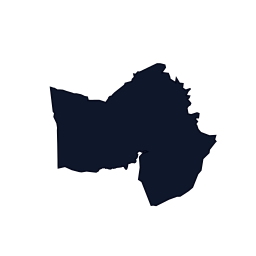 San Francisco Ozolotepec, Oaxaca, Mexico, rotated 305°
{"feature_id": "50627088B26566065011472", "entity_name": "San Francisco Ozolotepec", "entity_type": "district", "adm_level": 2, "iso_a3": "MEX", "parent_name": "Mexico", "parent_adm1": "Oaxaca", "projection": "mercator", "projection_center": [-96.209, 16.098], "detail": "fine", "context": "isolated", "style": "filled", "palette": "ink", "viewbox_px": 256, "rotation_deg": 305, "n_neighbors": 0, "source": "geoboundaries", "source_scale": "gbopen_adm2", "svg_char_len": 3198}
<svg xmlns="http://www.w3.org/2000/svg" viewBox="0 0 256 256"><g transform="rotate(305 128 128)"><path d="M134.0,88.7L129.1,81.8L127.9,80.0L127.9,79.9L127.7,79.5L129.9,76.9L128.8,74.7L128.7,74.4L128.4,72.4L128.0,70.4L126.3,66.3L124.7,64.0L124.3,62.2L122.4,56.6L121.4,53.0L120.0,50.6L118.4,48.3L118.4,47.6L118.2,46.3L118.2,45.2L117.7,44.1L117.3,43.3L117.3,42.6L116.8,41.3L98.8,57.4L98.2,59.5L94.8,61.0L91.3,67.1L87.9,70.4L85.7,71.7L74.9,79.7L60.8,89.9L57.1,92.5L55.4,93.8L60.5,98.4L61.9,105.9L64.5,112.9L65.6,115.0L69.1,118.6L73.7,127.1L75.8,128.1L77.6,127.9L78.7,128.4L78.9,128.7L79.3,128.9L79.5,129.1L79.9,129.3L80.2,129.3L80.3,129.3L80.5,129.4L80.7,129.6L80.9,129.9L81.1,130.2L81.4,130.6L81.6,130.8L81.9,131.1L82.1,131.3L82.3,131.4L82.6,131.8L82.3,132.2L82.3,132.5L82.3,132.8L82.4,133.0L82.8,133.2L83.2,133.7L83.4,134.4L83.5,134.8L83.6,135.1L83.6,135.3L83.8,135.8L84.0,136.2L84.2,136.6L84.5,137.1L84.9,137.4L85.4,137.5L85.8,137.6L86.1,137.8L86.3,138.0L86.5,138.3L86.7,138.6L86.7,139.0L87.0,139.3L87.3,139.6L87.6,139.9L87.8,140.1L88.2,140.5L88.5,140.5L88.8,140.8L89.2,141.1L89.5,141.4L89.6,141.6L90.0,141.7L90.4,141.9L90.6,142.2L90.6,142.7L90.7,142.8L91.0,143.1L91.4,143.5L91.5,143.6L91.8,143.9L92.0,144.2L92.2,144.4L92.4,144.6L92.7,144.8L92.9,144.8L93.1,144.7L93.2,144.8L93.3,144.9L93.5,145.3L93.7,145.6L94.0,146.1L94.1,146.5L94.2,146.9L94.2,147.2L94.2,147.5L93.9,147.8L93.8,148.0L93.6,148.4L93.5,148.6L93.4,148.8L93.3,149.2L93.2,149.5L93.2,149.9L93.3,150.1L93.5,150.2L93.8,150.2L94.3,150.1L94.9,149.9L95.4,149.7L95.9,149.6L96.4,149.3L96.7,149.1L97.1,149.0L97.6,148.7L97.9,148.5L98.3,148.5L98.9,148.4L99.3,148.4L99.7,148.8L99.9,149.2L100.3,149.7L100.6,149.7L101.1,149.9L101.6,150.2L101.7,150.5L101.9,150.7L102.3,151.2L102.7,151.8L103.0,152.3L103.2,152.8L103.4,153.2L103.9,153.4L104.3,153.6L104.7,153.6L105.1,153.5L105.5,153.3L105.7,152.9L106.1,152.5L106.4,152.2L106.7,151.9L107.2,151.7L107.9,152.1L108.5,152.2L109.5,152.1L110.3,151.7L111.1,151.4L111.7,151.0L111.8,151.0L112.0,149.6L112.5,149.5L113.2,149.6L113.7,149.5L114.0,149.6L114.6,150.0L115.1,150.3L115.7,150.3L116.0,150.5L116.1,151.1L116.1,151.6L116.2,151.9L116.2,152.7L116.5,153.4L116.9,153.8L117.7,154.3L118.6,154.8L119.4,155.4L119.8,157.6L115.8,154.8L110.9,154.2L102.8,160.8L92.0,166.3L92.2,170.1L78.1,191.3L79.5,192.8L80.7,195.4L93.0,202.0L100.2,207.0L102.2,209.7L111.5,213.4L116.5,214.7L130.4,211.4L135.2,211.9L145.7,206.8L154.1,208.4L157.0,206.9L166.5,207.4L167.4,207.6L168.1,205.4L172.0,204.1L168.2,199.3L165.9,190.2L167.0,186.0L169.5,182.7L169.9,181.0L173.1,181.1L173.7,178.1L175.6,177.7L176.8,179.7L180.4,177.8L179.9,175.9L175.0,172.2L173.8,169.0L178.2,164.6L180.8,164.7L182.6,165.5L184.2,165.1L185.7,159.9L187.8,160.6L188.4,160.4L189.5,160.1L188.0,157.4L188.2,156.8L192.5,156.0L196.1,156.6L192.0,153.6L191.9,149.6L195.8,147.6L194.1,144.5L196.5,139.1L192.4,141.1L192.1,134.3L193.7,132.7L195.7,129.7L192.8,124.1L193.5,123.8L199.0,123.8L200.6,122.0L199.0,117.8L197.2,115.1L180.5,105.7L179.5,104.0L176.3,103.6L175.5,101.9L173.5,104.2L170.6,103.7L168.2,104.5L163.0,100.2L161.2,100.7L149.2,97.1L146.4,96.6L144.6,96.5L143.5,95.3L142.0,94.9L141.7,95.3L136.0,95.3L134.0,88.7Z" fill="#0f172a" stroke="#020617" stroke-width="1.5"/></g></svg>